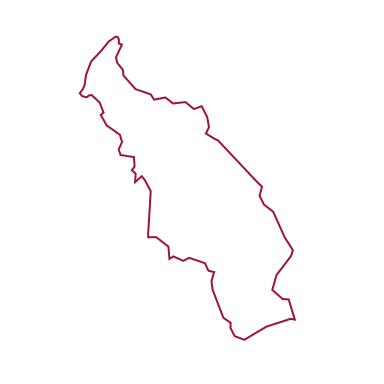 the district of Liberty, Georgia, United States of America, rotated 198°
{"feature_id": "52423323B31615661575159", "entity_name": "Liberty", "entity_type": "district", "adm_level": 2, "iso_a3": "USA", "parent_name": "United States of America", "parent_adm1": "Georgia", "projection": "mercator", "projection_center": [-81.411, 31.822], "detail": "fine", "context": "isolated", "style": "outline", "palette": "rose", "viewbox_px": 384, "rotation_deg": 198, "n_neighbors": 0, "source": "geoboundaries", "source_scale": "gbopen_adm2", "svg_char_len": 1157}
<svg xmlns="http://www.w3.org/2000/svg" viewBox="0 0 384 384"><g transform="rotate(198 192 192)"><path d="M304.2,310.5L307.5,310.6L308.6,314.3L310.4,316.4L312.6,316.2L317.7,309.4L321.8,298.7L328.3,284.9L329.0,270.4L327.2,260.9L327.5,256.9L329.2,251.2L326.0,249.2L322.0,249.5L321.0,249.9L319.9,252.0L317.4,253.2L307.4,248.5L300.6,240.1L302.6,237.1L293.7,228.9L278.3,224.2L274.0,218.0L274.9,209.8L271.3,205.1L258.0,207.3L254.5,198.5L255.9,194.2L251.2,191.9L249.2,183.8L244.7,191.5L240.6,188.8L231.5,180.0L220.8,138.8L219.7,135.4L212.1,138.0L197.5,132.7L192.8,121.4L189.9,125.0L179.1,123.8L174.4,128.5L157.8,128.3L152.0,122.2L146.2,122.7L145.9,113.2L142.2,105.4L123.3,82.1L114.8,79.5L113.4,74.6L106.9,68.1L96.6,67.6L79.6,87.0L59.1,101.8L54.8,102.4L66.8,119.7L72.6,118.2L85.4,123.7L86.0,139.1L78.0,161.7L78.1,167.9L89.9,177.6L108.7,198.3L119.7,202.3L126.5,209.2L127.1,218.7L132.9,221.5L183.4,249.2L186.4,249.4L196.8,251.9L195.9,258.9L200.7,267.9L209.3,276.6L215.8,271.5L226.1,275.5L237.5,270.3L246.5,273.7L256.6,268.1L261.4,272.1L277.5,272.4L293.2,281.6L295.4,286.7L303.1,291.8L305.9,296.6L304.2,310.5Z" fill="none" stroke="#9f1239" stroke-width="2"/></g></svg>